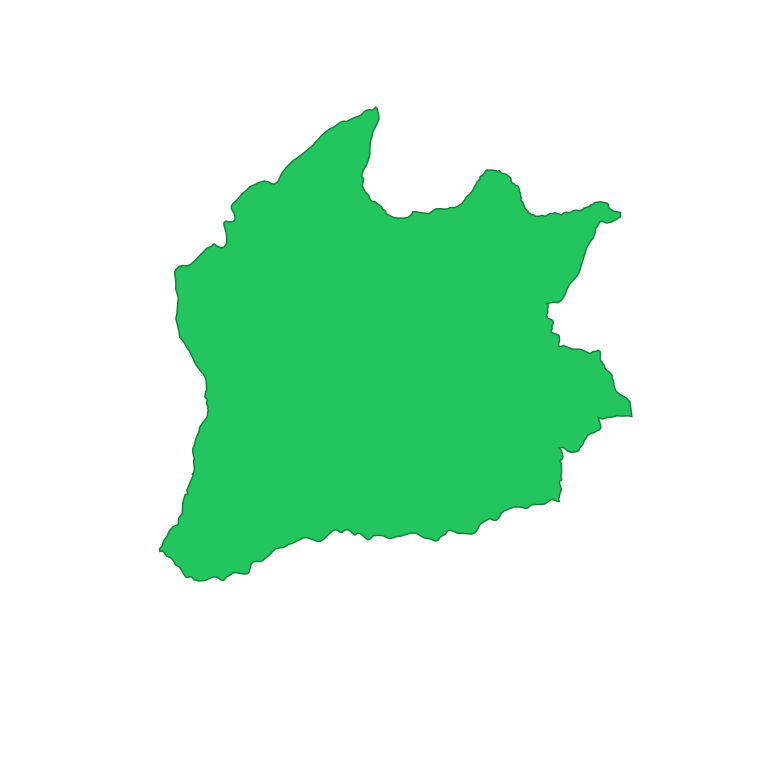 the district of El Colegio, Cundinamarca, Colombia, rotated 206°
{"feature_id": "7082276B60890282056473", "entity_name": "El Colegio", "entity_type": "district", "adm_level": 2, "iso_a3": "COL", "parent_name": "Colombia", "parent_adm1": "Cundinamarca", "projection": "robinson", "projection_center": [-74.434, 4.561], "detail": "fine", "context": "isolated", "style": "filled", "palette": "green", "viewbox_px": 768, "rotation_deg": 206, "n_neighbors": 0, "source": "geoboundaries", "source_scale": "gbopen_adm2", "svg_char_len": 6171}
<svg xmlns="http://www.w3.org/2000/svg" viewBox="0 0 768 768"><g transform="rotate(206 384 384)"><path d="M220.3,322.8L213.0,330.7L206.6,333.5L202.5,334.1L200.4,335.6L199.5,338.3L198.2,340.3L188.6,345.5L186.7,347.0L182.9,353.8L176.3,354.8L174.9,355.4L176.3,356.7L176.7,357.7L176.7,359.0L177.8,361.6L178.1,366.3L178.6,367.4L183.2,372.2L183.6,373.9L182.4,375.2L182.4,376.3L184.5,378.3L185.3,381.7L189.5,390.1L191.7,391.4L191.9,391.9L192.0,392.7L190.9,394.6L191.3,397.3L195.0,401.7L196.7,402.8L198.6,402.9L199.1,403.5L195.2,405.4L192.7,405.3L189.9,404.2L186.6,404.5L181.9,407.0L179.8,409.5L179.9,413.6L178.8,416.9L179.1,419.3L178.6,426.8L176.7,429.8L173.9,432.4L172.3,435.0L170.3,437.0L170.0,438.9L170.2,440.3L170.9,441.4L176.9,448.0L173.7,448.0L172.2,448.4L169.6,451.2L164.8,453.9L160.6,457.7L157.2,458.9L150.5,462.5L146.9,463.4L154.8,475.3L159.5,477.6L168.3,478.2L170.6,478.6L173.4,480.0L176.6,483.4L179.1,487.3L181.6,489.4L183.0,491.9L186.9,493.5L191.5,494.4L194.1,497.3L196.0,498.1L197.0,499.0L198.9,499.4L200.9,501.5L202.6,506.0L204.2,507.9L206.2,508.2L207.9,506.1L210.4,504.8L211.6,502.4L213.2,501.6L222.3,501.4L229.9,498.0L239.4,497.3L241.4,495.1L243.9,494.5L245.4,500.4L247.4,503.8L248.9,504.5L255.2,503.8L256.6,504.0L257.3,504.8L257.0,507.3L258.6,510.0L258.6,513.1L259.3,514.4L261.5,515.3L265.7,514.9L268.1,517.3L268.3,520.3L270.1,523.5L270.1,524.5L271.4,527.4L272.8,527.5L270.1,529.9L266.6,532.3L263.7,533.1L261.9,535.2L260.6,540.1L260.5,544.8L261.1,549.5L261.0,554.7L258.0,565.4L257.5,569.5L261.5,595.2L260.9,602.8L259.9,606.6L260.5,611.0L260.3,612.5L262.1,616.5L261.1,619.5L261.2,624.5L258.3,626.0L254.3,626.3L250.2,629.7L248.7,632.2L247.0,633.9L246.3,635.7L244.9,637.3L245.1,638.9L246.4,640.8L246.6,641.9L252.9,640.0L258.2,640.6L259.7,641.5L261.5,643.9L262.6,644.3L269.5,642.7L274.1,639.3L274.4,637.9L275.4,636.5L276.7,635.8L277.3,633.2L279.9,631.2L280.3,630.2L281.5,629.6L281.8,627.9L284.6,624.9L287.1,624.7L289.3,623.2L292.4,619.2L295.3,618.4L297.3,616.9L298.4,614.2L299.0,613.7L304.1,613.2L305.7,612.7L306.9,611.3L309.3,610.1L311.7,606.8L311.8,606.1L313.1,605.3L316.0,604.8L318.1,602.8L321.3,601.1L323.9,601.7L326.0,600.7L327.9,601.5L329.1,600.9L330.6,602.5L333.8,603.4L338.8,608.1L341.5,608.9L341.9,609.5L341.9,611.4L343.1,612.1L344.9,615.1L346.6,616.4L347.6,618.4L349.7,620.1L351.0,620.6L352.7,619.8L354.5,620.9L357.4,621.0L358.1,621.3L360.1,624.5L361.2,624.9L365.5,626.1L371.4,625.1L374.2,626.1L375.3,624.9L376.8,625.0L382.1,623.0L385.4,621.3L385.9,620.5L386.6,615.4L388.5,612.5L388.4,611.5L387.5,610.4L388.8,606.9L388.9,602.9L389.3,601.0L389.1,599.3L389.3,596.2L390.2,591.6L392.0,588.6L392.2,584.4L392.9,580.8L395.5,576.2L397.7,573.5L401.8,571.7L403.7,569.2L407.6,567.0L409.6,566.5L414.0,564.3L415.6,562.1L418.0,557.3L419.0,556.4L433.0,552.0L433.5,551.3L433.4,549.2L434.7,545.5L435.6,544.2L438.7,541.8L447.0,538.1L449.1,537.8L456.9,538.0L458.1,539.9L462.2,540.9L464.5,542.5L469.6,543.1L471.2,543.8L472.5,543.8L474.5,543.0L475.6,543.1L478.1,544.4L480.8,547.1L484.0,547.8L486.5,549.3L489.1,551.7L490.4,551.9L491.8,558.6L492.3,559.6L495.1,560.9L495.4,562.0L496.4,567.5L495.8,573.0L496.4,579.7L497.5,584.5L501.1,591.9L502.8,597.4L503.1,600.2L504.4,605.3L504.5,619.6L506.3,622.9L510.8,628.4L512.8,629.3L513.7,626.2L514.3,625.5L515.1,624.8L516.6,624.5L519.7,622.4L521.3,619.8L522.3,616.3L524.1,613.7L526.6,611.4L532.6,603.7L535.9,602.3L537.9,600.1L541.9,592.6L544.3,589.9L546.8,585.3L548.8,580.5L553.1,566.0L558.6,553.8L563.9,544.2L567.0,535.4L568.3,527.3L568.0,521.1L568.5,518.6L569.4,516.7L570.4,515.3L572.9,514.8L576.8,515.0L580.9,513.8L584.4,510.6L591.1,502.4L591.9,499.4L594.9,492.8L596.7,485.4L598.9,480.0L599.1,477.0L598.1,474.7L593.3,471.5L590.3,467.5L590.0,466.5L590.3,464.9L591.4,463.2L594.3,461.8L597.5,461.1L598.6,459.1L597.3,456.4L591.8,450.4L588.4,444.5L587.3,441.6L587.2,439.5L587.9,436.9L589.0,435.5L590.8,434.9L593.8,434.7L597.9,435.4L599.4,432.3L602.8,428.3L609.0,409.6L610.7,406.0L613.2,403.7L617.0,402.1L619.9,399.7L620.2,397.8L621.1,395.8L621.1,392.9L620.5,391.4L616.1,384.9L612.7,377.9L607.1,371.9L606.5,370.8L601.1,356.7L599.7,351.5L591.0,341.2L588.2,336.5L583.1,334.5L575.7,329.4L573.7,328.6L561.4,318.8L553.2,314.6L551.5,314.2L546.0,310.2L540.9,301.2L540.6,297.9L539.6,294.3L538.9,293.5L536.8,293.1L536.0,292.6L535.6,292.0L535.5,289.5L534.8,288.4L533.1,287.1L532.1,285.9L531.8,284.8L530.6,283.6L529.9,280.8L528.7,278.0L528.5,276.2L530.3,268.1L530.7,263.7L529.1,259.4L529.4,255.7L528.7,250.1L527.8,246.9L527.4,241.7L526.2,239.2L521.2,232.8L521.7,232.4L521.1,230.8L518.1,226.0L517.7,226.0L517.3,224.9L516.4,221.2L516.6,219.0L515.8,219.2L515.5,217.0L514.6,202.2L512.3,199.2L514.2,197.3L512.9,189.3L508.6,179.2L509.8,173.4L509.0,170.8L507.6,168.5L507.8,166.8L511.0,163.5L512.5,157.5L512.3,151.6L513.1,147.9L513.2,145.3L512.3,140.8L513.3,138.2L513.3,136.9L512.2,135.2L509.7,136.7L508.6,136.6L503.9,134.0L500.1,134.4L497.9,133.9L495.4,132.7L491.9,130.0L488.3,129.9L485.3,128.6L479.6,124.7L477.2,123.7L475.7,124.0L473.3,126.0L472.1,126.3L469.0,124.7L466.5,125.5L464.7,125.5L459.1,128.6L454.4,134.3L452.0,136.3L450.3,137.0L447.3,137.0L445.2,136.4L442.4,137.1L441.7,137.9L441.1,141.3L439.7,143.1L436.9,148.0L434.9,149.4L426.7,151.8L423.7,153.6L423.0,154.6L422.9,156.1L424.3,162.6L424.2,165.0L423.3,167.0L421.2,168.5L417.3,170.2L416.0,171.6L412.1,180.0L409.5,188.1L406.9,190.3L402.4,193.3L399.3,198.2L396.8,200.3L389.3,210.0L387.1,211.5L384.9,212.3L374.4,213.5L372.5,214.7L371.4,215.8L370.1,218.0L367.2,226.2L365.9,229.1L364.4,231.2L362.8,232.0L361.0,232.2L359.0,231.5L357.1,232.0L356.3,232.8L355.1,235.6L353.2,237.0L350.7,237.4L347.1,236.0L343.9,235.6L342.4,238.5L340.7,239.1L338.4,239.0L331.7,237.1L330.1,237.1L329.3,237.6L328.1,239.4L327.8,241.4L327.1,242.9L323.0,245.4L318.5,247.2L313.0,247.2L310.0,248.2L306.1,252.2L302.4,254.4L295.9,260.6L293.7,262.2L290.8,263.5L288.7,263.9L280.6,263.2L274.3,265.1L268.8,265.4L266.7,267.9L266.2,271.5L263.2,275.6L262.3,279.8L260.7,281.5L259.5,281.9L252.4,282.1L247.6,284.4L239.5,287.4L236.8,290.5L236.2,293.6L236.3,298.4L235.9,300.5L234.4,303.1L230.6,308.8L228.9,309.5L226.1,309.5L224.4,310.1L223.1,311.3L222.0,313.9L221.8,319.4L220.3,322.8Z" fill="#22c55e" stroke="#15803d" stroke-width="1.5"/></g></svg>